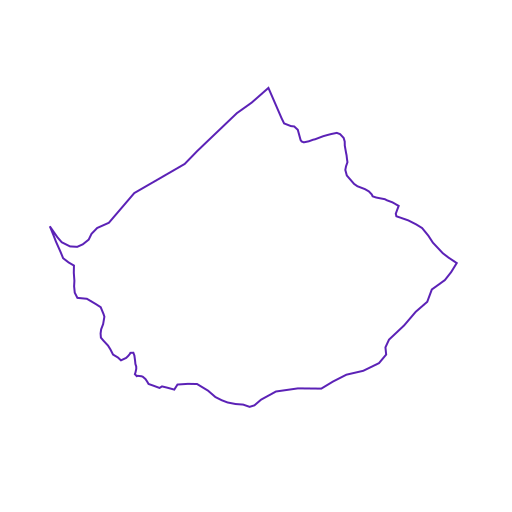 outline of Bocaranga, Ouham-Pendé, Central African Republic, rotated 246°
{"feature_id": "33826404B56355179164788", "entity_name": "Bocaranga", "entity_type": "district", "adm_level": 2, "iso_a3": "CAF", "parent_name": "Central African Republic", "parent_adm1": "Ouham-Pendé", "projection": "mercator", "projection_center": [15.797, 6.756], "detail": "fine", "context": "isolated", "style": "outline", "palette": "violet", "viewbox_px": 512, "rotation_deg": 246, "n_neighbors": 0, "source": "geoboundaries", "source_scale": "gbopen_adm2", "svg_char_len": 1915}
<svg xmlns="http://www.w3.org/2000/svg" viewBox="0 0 512 512"><g transform="rotate(246 256 256)"><path d="M243.7,406.7L249.5,402.5L253.7,398.2L255.5,396.8L258.2,392.9L260.6,389.5L263.1,386.8L265.1,386.8L269.1,385.4L272.8,382.7L278.5,377.0L282.0,374.9L292.6,371.7L298.3,372.6L301.3,374.7L304.5,377.7L307.7,378.6L311.2,379.7L313.5,380.2L320.7,382.0L324.5,383.6L328.2,384.1L333.1,382.4L335.6,379.9L336.8,374.5L337.5,370.3L338.1,366.2L338.3,362.8L338.6,357.4L339.0,355.5L339.3,350.9L340.4,345.9L342.0,344.3L343.7,343.9L345.1,344.1L349.6,344.8L354.3,345.5L358.8,343.6L360.5,340.7L365.7,335.6L371.3,335.4L404.5,335.7L397.9,314.5L394.3,296.7L375.8,245.0L369.1,228.3L363.0,170.4L346.2,135.1L346.2,122.3L343.2,114.8L339.0,109.8L337.1,102.5L337.1,96.4L340.4,90.0L347.6,84.1L353.9,82.2L367.0,79.7L364.7,79.7L356.7,79.4L350.6,79.1L345.9,79.1L339.0,79.1L332.4,78.9L326.3,82.2L321.3,85.8L314.7,82.7L307.2,80.0L302.3,77.5L296.2,75.5L290.4,75.8L285.7,84.1L277.4,90.0L272.4,93.3L265.0,93.1L262.2,92.8L255.9,88.6L252.0,84.7L248.4,82.5L244.5,81.1L240.7,82.2L234.3,84.4L229.9,85.0L224.1,85.3L219.4,88.6L215.6,90.2L215.7,95.9L216.6,98.4L217.7,100.7L218.6,101.9L217.5,104.6L214.5,104.4L209.7,103.0L206.4,101.9L203.7,101.6L201.6,100.7L198.6,98.5L197.3,97.3L194.7,98.2L194.7,99.1L192.7,102.5L191.7,103.5L188.5,105.0L185.5,105.5L182.8,105.8L179.0,109.8L174.7,114.2L175.1,117.1L171.7,121.5L167.2,127.0L170.5,132.0L166.9,141.8L163.0,150.1L152.5,157.4L143.7,161.5L138.2,166.0L133.8,170.4L129.1,177.1L125.5,183.8L120.8,188.8L120.2,193.8L122.7,202.2L124.1,219.1L118.0,240.5L108.3,261.7L110.0,275.3L110.8,290.3L107.5,307.3L108.1,324.8L113.0,334.8L119.9,337.1L125.5,343.5L132.4,363.2L140.1,379.3L144.5,393.8L153.9,403.0L157.2,418.8L161.9,427.7L167.9,436.5L176.1,431.3L182.5,427.8L196.3,423.0L204.5,421.7L214.0,419.1L219.7,415.2L226.6,409.6L235.2,400.4L237.8,400.9L241.4,404.4L243.7,406.7Z" fill="none" stroke="#5b21b6" stroke-width="2"/></g></svg>